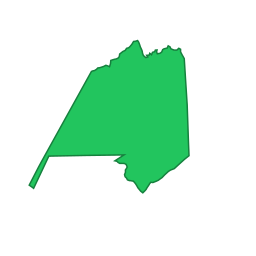 Pio XII, Maranhão, Brazil (Robinson projection), rotated 24°
{"feature_id": "56859067B76670913428567", "entity_name": "Pio XII", "entity_type": "district", "adm_level": 2, "iso_a3": "BRA", "parent_name": "Brazil", "parent_adm1": "Maranhão", "projection": "robinson", "projection_center": [-45.091, -3.872], "detail": "fine", "context": "isolated", "style": "filled", "palette": "green", "viewbox_px": 256, "rotation_deg": 24, "n_neighbors": 0, "source": "geoboundaries", "source_scale": "gbopen_adm2", "svg_char_len": 1497}
<svg xmlns="http://www.w3.org/2000/svg" viewBox="0 0 256 256"><g transform="rotate(24 128 128)"><path d="M151.2,41.8L149.8,40.7L147.6,39.1L145.1,37.1L144.0,34.7L142.0,34.5L140.9,37.0L138.3,38.1L135.0,38.2L133.4,36.8L131.3,36.6L131.3,39.0L128.7,41.0L127.8,42.3L127.9,44.8L127.0,46.6L124.6,48.3L123.2,46.9L122.8,44.9L121.3,45.7L121.3,47.5L119.6,48.9L119.7,51.5L117.5,50.9L117.7,52.8L115.5,54.0L117.2,55.0L115.7,56.4L113.6,55.9L112.2,55.2L110.8,53.7L109.7,52.0L108.4,50.7L106.4,49.0L104.6,47.0L102.9,45.3L101.2,44.2L99.7,45.6L97.9,46.7L97.5,49.9L96.7,52.8L96.0,54.4L94.3,55.8L93.9,58.2L92.2,60.2L90.3,63.8L91.0,66.3L90.6,68.0L89.2,69.7L87.6,70.8L86.2,72.0L84.8,73.3L85.8,76.1L86.2,79.5L84.4,79.5L82.3,79.7L80.7,81.7L78.7,83.5L77.4,84.6L76.0,85.4L75.3,87.3L74.0,89.2L72.8,90.0L71.6,91.2L62.6,194.5L62.2,199.8L61.0,220.4L64.7,221.1L66.3,221.5L66.8,199.8L67.1,185.9L100.4,170.3L135.3,154.2L129.4,163.3L131.4,162.9L133.0,163.5L134.8,163.7L136.6,162.9L139.0,161.9L141.1,162.0L143.2,164.0L143.0,165.8L142.7,167.4L143.7,169.5L143.8,172.0L145.2,173.7L146.9,174.3L148.6,175.6L150.6,175.5L152.0,175.0L154.6,174.4L157.5,175.8L159.3,177.0L161.4,178.6L165.4,180.6L167.9,181.2L168.9,178.7L169.5,176.8L169.7,174.6L170.2,172.0L170.4,170.1L170.9,168.3L172.9,167.7L175.2,165.4L176.9,163.5L178.0,161.6L179.3,159.4L180.5,156.0L182.5,151.4L183.9,149.2L185.2,147.9L186.8,146.3L189.0,141.2L192.3,133.7L195.0,128.5L189.7,117.8L172.7,82.9L162.0,62.5L151.2,41.8Z" fill="#22c55e" stroke="#15803d" stroke-width="1.5"/></g></svg>